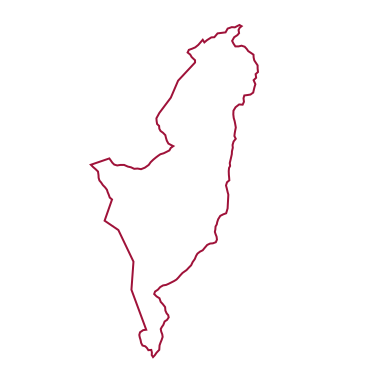 Nazaré, Tocantins, Brazil (Natural Earth projection), rotated 77°
{"feature_id": "56859067B47209768197677", "entity_name": "Nazaré", "entity_type": "district", "adm_level": 2, "iso_a3": "BRA", "parent_name": "Brazil", "parent_adm1": "Tocantins", "projection": "natural_earth1", "projection_center": [-47.774, -6.322], "detail": "fine", "context": "isolated", "style": "outline", "palette": "rose", "viewbox_px": 384, "rotation_deg": 77, "n_neighbors": 0, "source": "geoboundaries", "source_scale": "gbopen_adm2", "svg_char_len": 2804}
<svg xmlns="http://www.w3.org/2000/svg" viewBox="0 0 384 384"><g transform="rotate(77 192 192)"><path d="M330.4,274.8L331.9,272.2L333.8,271.0L336.3,270.1L336.7,267.2L339.4,267.2L341.8,267.9L344.1,267.1L342.7,265.0L340.6,262.7L338.4,259.4L334.1,258.1L331.6,256.5L329.5,255.0L326.6,253.2L324.0,253.0L321.1,253.4L318.5,253.3L316.8,251.8L315.0,249.8L312.0,247.8L311.0,245.1L308.9,242.9L306.6,242.9L304.6,244.0L301.6,244.6L298.1,244.1L294.6,245.7L292.0,247.2L288.2,247.6L285.8,250.0L282.9,251.8L280.7,250.4L279.5,247.2L277.5,244.4L276.5,241.2L276.7,238.1L276.2,235.5L275.5,232.6L274.7,229.4L273.8,226.8L272.3,224.5L270.6,222.2L268.7,219.4L266.8,214.8L264.9,212.0L263.2,209.3L260.5,207.2L257.9,204.3L255.2,202.4L253.3,200.6L251.9,197.6L251.2,194.7L249.2,192.1L247.0,189.1L246.3,186.0L246.7,183.2L246.3,180.1L244.0,178.4L241.1,178.1L238.4,178.5L236.0,178.7L233.8,177.7L230.9,176.8L229.2,175.2L227.0,174.2L224.4,172.6L221.6,169.8L220.8,166.6L220.4,163.5L216.0,161.0L202.8,157.2L200.2,157.3L196.5,157.3L193.3,157.4L190.4,155.7L189.0,153.0L186.5,152.6L183.5,152.2L179.9,151.5L176.9,150.5L175.2,149.0L172.3,148.7L168.9,147.0L166.2,145.7L164.1,144.7L161.3,143.9L158.1,142.3L155.3,141.9L152.1,140.1L150.0,137.4L147.0,138.1L144.5,137.2L142.1,136.2L139.0,134.8L135.4,134.6L132.5,134.5L129.3,134.7L125.7,134.3L122.1,133.3L119.2,130.5L117.3,126.4L118.3,123.0L115.8,121.1L112.2,120.7L109.7,119.3L110.0,116.1L110.2,113.1L108.9,110.0L106.2,108.7L104.0,107.6L101.2,106.0L96.9,106.8L95.1,103.8L91.5,103.5L89.9,100.7L86.6,100.3L83.4,99.6L81.0,100.5L77.8,101.7L74.9,101.7L72.0,101.2L69.6,103.4L67.4,105.5L64.9,106.5L62.3,108.0L60.6,110.8L60.6,113.8L59.9,117.0L56.7,118.2L53.8,118.9L50.7,116.1L49.3,112.4L47.8,110.4L44.6,110.2L42.7,108.6L41.6,106.4L39.9,108.3L41.2,113.2L40.3,116.2L40.8,120.5L44.0,123.4L43.2,131.4L46.2,135.4L45.7,138.4L47.4,143.2L49.0,146.3L46.1,147.3L50.1,152.8L51.8,156.3L52.4,159.6L52.8,163.1L55.1,164.9L57.7,162.8L60.4,162.0L62.4,160.7L64.3,159.4L66.5,159.9L80.4,180.5L95.3,191.4L107.6,206.0L112.2,210.1L114.8,210.5L117.9,210.7L120.2,209.2L123.0,209.6L125.5,208.9L127.8,206.9L130.6,205.2L133.2,205.2L136.3,205.0L139.5,204.1L141.2,202.2L143.1,199.9L144.3,202.8L146.4,204.7L147.1,207.5L147.9,210.9L148.1,214.3L149.0,216.6L150.2,219.3L151.8,222.5L153.6,225.5L155.9,228.1L157.7,232.5L158.3,236.5L156.9,239.8L156.4,243.1L154.2,245.9L152.8,248.8L150.4,252.0L149.5,255.9L149.3,258.9L147.8,261.6L145.6,263.0L143.1,264.0L140.7,265.0L142.7,284.4L145.5,282.7L148.1,280.8L150.9,279.0L154.5,279.3L157.2,279.8L160.0,279.6L162.3,278.4L165.2,277.3L168.0,275.6L170.7,274.4L173.2,274.2L176.1,273.7L178.9,273.4L181.3,271.6L200.3,283.6L212.5,272.3L246.7,264.7L273.6,273.0L315.9,267.6L315.6,270.6L317.0,274.2L319.4,275.5L321.8,275.6L324.6,275.4L327.6,275.5L330.4,274.8Z" fill="none" stroke="#9f1239" stroke-width="2"/></g></svg>